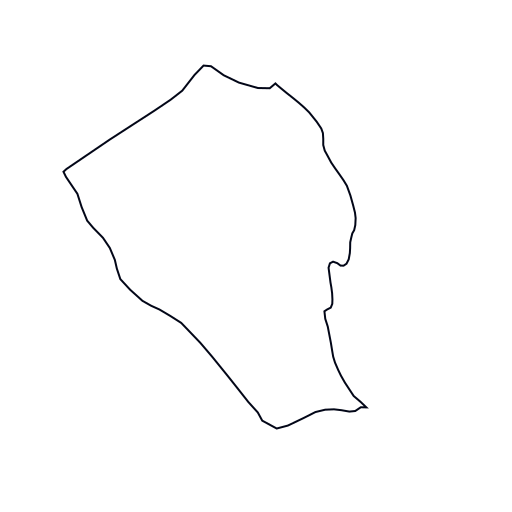 Louetsi-Bibaka, Ngounié, Gabon (Equal Earth projection), rotated 146°
{"feature_id": "22940354B39129548134605", "entity_name": "Louetsi-Bibaka", "entity_type": "district", "adm_level": 2, "iso_a3": "GAB", "parent_name": "Gabon", "parent_adm1": "Ngounié", "projection": "equal_earth", "projection_center": [12.206, -2.115], "detail": "fine", "context": "isolated", "style": "outline", "palette": "ink", "viewbox_px": 512, "rotation_deg": 146, "n_neighbors": 0, "source": "geoboundaries", "source_scale": "gbopen_adm2", "svg_char_len": 1485}
<svg xmlns="http://www.w3.org/2000/svg" viewBox="0 0 512 512"><g transform="rotate(146 256 256)"><path d="M249.2,68.8L250.8,76.3L253.3,85.3L253.1,101.4L252.5,109.2L251.6,115.5L250.1,123.5L248.3,129.4L246.0,134.5L242.5,142.1L239.8,148.4L236.0,157.3L233.7,165.2L230.2,171.9L227.0,171.9L222.9,171.4L219.5,173.7L216.9,177.3L213.7,182.6L211.1,187.8L209.1,192.3L205.1,200.3L202.4,205.7L198.8,208.6L195.3,208.2L192.6,204.6L191.3,200.8L188.8,199.0L185.3,199.0L181.0,201.4L176.6,205.9L173.7,209.7L170.2,214.7L166.5,218.2L163.5,220.9L160.2,222.5L156.4,226.1L152.2,231.7L149.7,236.6L147.2,243.5L143.9,253.4L141.4,263.4L141.1,269.9L141.2,277.3L141.4,284.9L141.4,291.4L140.6,299.3L140.1,304.9L138.2,310.4L134.8,315.4L131.8,320.5L130.6,325.2L130.6,333.3L131.6,345.3L132.9,351.7L134.8,359.0L136.7,365.4L139.5,374.2L141.4,380.6L142.9,385.7L143.4,388.2L150.8,387.4L160.5,394.2L173.2,409.3L181.7,423.9L187.2,438.5L193.0,443.2L205.7,440.5L224.7,434.3L239.4,433.3L259.2,433.3L285.1,433.8L312.2,434.3L364.5,434.1L368.5,433.5L369.3,427.9L369.3,414.7L369.3,407.4L373.2,394.1L376.2,379.7L375.2,370.4L372.7,356.7L372.7,344.4L375.2,331.7L378.4,323.4L381.4,312.7L379.2,298.4L375.2,282.3L370.7,273.3L366.0,265.7L360.6,254.3L355.4,242.3L353.2,229.6L350.7,215.0L348.7,197.3L346.5,172.3L345.2,155.6L344.0,139.2L342.0,125.3L342.9,116.0L335.3,101.4L324.4,97.6L307.5,95.1L294.0,93.4L284.6,89.9L277.1,85.3L271.4,80.4L265.6,74.8L260.4,72.0L253.7,72.0L249.2,68.8Z" fill="none" stroke="#020617" stroke-width="2"/></g></svg>